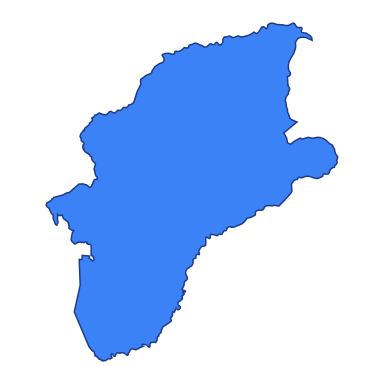 Tonatico, México, Mexico, rotated 270°
{"feature_id": "50627088B30233935700687", "entity_name": "Tonatico", "entity_type": "district", "adm_level": 2, "iso_a3": "MEX", "parent_name": "Mexico", "parent_adm1": "México", "projection": "mercator", "projection_center": [-99.634, 18.777], "detail": "fine", "context": "isolated", "style": "filled", "palette": "blue", "viewbox_px": 384, "rotation_deg": 270, "n_neighbors": 0, "source": "geoboundaries", "source_scale": "gbopen_adm2", "svg_char_len": 5938}
<svg xmlns="http://www.w3.org/2000/svg" viewBox="0 0 384 384"><g transform="rotate(270 192 192)"><path d="M57.0,162.7L62.5,170.9L63.8,171.3L64.5,170.7L66.5,170.9L67.2,171.9L69.4,172.7L70.2,172.3L71.3,172.3L72.4,173.0L71.6,174.0L72.2,174.5L75.8,176.1L74.1,178.1L74.5,179.0L75.8,180.2L77.3,180.4L78.1,179.5L78.4,178.4L79.7,178.0L81.5,178.0L82.9,179.5L83.1,180.5L84.0,180.9L84.4,181.9L85.4,182.4L88.6,182.2L88.7,183.1L90.0,184.2L90.7,184.0L91.4,182.9L92.3,183.1L92.4,183.7L92.0,185.1L92.7,185.5L93.3,185.0L94.2,182.0L94.9,182.1L98.4,183.9L101.9,184.4L103.3,185.4L103.3,186.0L105.3,187.5L107.7,186.9L109.8,185.8L111.3,185.6L113.2,186.0L114.4,186.6L115.5,187.7L118.2,191.7L119.7,192.6L121.4,193.1L124.3,193.1L125.1,193.6L126.0,195.9L128.1,195.9L129.1,196.3L129.7,197.4L129.4,199.1L130.5,199.5L131.9,198.8L133.6,199.0L136.7,200.9L137.5,201.8L138.0,204.5L138.6,205.5L140.7,205.8L144.6,205.7L146.5,206.0L147.0,206.4L145.5,209.2L146.2,210.3L147.8,210.2L149.8,211.0L148.9,215.6L148.3,216.7L148.6,217.7L149.9,218.9L149.9,219.8L149.5,221.0L149.8,222.0L153.2,223.8L153.2,225.6L153.9,226.5L156.3,227.2L157.1,228.6L157.4,230.0L156.7,231.6L157.0,234.3L160.1,241.8L162.4,244.5L164.7,246.4L165.7,246.8L166.6,250.8L168.7,254.9L169.3,255.4L171.1,255.4L172.4,255.8L173.4,256.5L173.7,258.2L173.8,261.9L174.2,262.8L174.7,263.4L177.4,264.9L178.3,266.4L178.4,269.0L178.1,272.4L178.7,274.0L178.0,278.8L183.3,284.2L190.8,290.9L193.1,291.9L199.5,291.4L200.9,292.0L203.4,293.9L204.4,295.7L204.6,297.3L206.1,298.0L206.8,299.4L206.1,301.5L207.7,306.0L207.8,308.4L207.2,311.2L206.0,314.0L205.4,317.2L207.0,321.5L208.0,322.8L209.8,323.1L210.1,325.2L209.8,327.6L210.2,328.5L214.6,330.5L216.6,333.0L216.6,334.4L218.2,334.7L220.0,336.5L221.5,337.1L223.5,336.6L224.5,337.1L227.2,337.7L230.0,335.7L232.6,334.8L234.8,334.5L239.0,332.1L240.3,329.7L244.1,325.5L245.4,323.3L246.6,319.7L246.6,316.6L246.0,314.4L245.8,311.8L246.4,309.8L246.6,307.8L244.9,302.1L245.9,300.2L243.2,295.1L239.8,290.6L241.1,287.5L245.4,286.8L251.1,283.8L262.0,297.0L264.4,291.4L266.1,289.7L269.6,288.7L271.9,287.5L273.6,287.6L278.3,286.2L281.5,286.0L282.9,285.4L284.7,285.4L286.5,286.0L288.9,287.2L289.5,288.1L291.3,288.6L292.2,288.4L294.2,289.6L295.8,289.6L296.7,288.8L299.1,287.9L307.4,287.5L308.1,289.3L309.6,290.5L311.5,290.2L313.1,289.0L315.9,288.4L319.4,288.4L321.5,288.8L324.9,290.3L331.0,293.9L335.4,295.4L337.7,295.7L341.3,295.4L344.0,296.7L345.5,298.0L346.7,300.6L346.7,304.2L346.4,306.1L343.7,312.1L346.1,311.8L347.3,311.2L348.8,309.4L350.8,306.1L351.4,302.4L351.8,301.6L352.8,301.1L354.9,302.0L356.3,301.7L356.7,300.8L356.4,299.6L356.8,296.8L360.4,294.5L360.8,293.8L361.0,293.3L358.7,288.8L358.4,286.3L359.1,283.0L359.6,276.5L360.5,274.1L360.8,272.1L360.7,270.2L359.3,268.0L358.4,267.6L356.5,267.5L355.3,266.6L355.3,266.1L356.9,264.3L357.3,263.3L356.7,261.3L355.9,261.2L352.9,259.3L350.6,257.3L350.5,256.4L351.9,253.9L350.3,251.8L348.8,248.8L347.3,243.5L347.2,240.6L348.1,238.1L346.8,234.8L346.4,232.9L348.0,229.5L347.0,226.3L347.1,224.7L346.8,224.1L345.6,223.3L344.9,223.0L341.4,222.7L339.2,221.0L339.4,219.4L339.0,218.9L341.0,217.8L341.7,216.6L341.0,215.6L339.6,214.5L339.2,213.3L340.3,210.8L339.8,209.7L337.1,206.5L336.9,204.4L337.6,203.1L338.5,202.1L339.2,199.6L340.5,197.1L340.9,195.0L339.8,192.7L338.9,189.2L336.6,188.5L336.1,188.1L336.1,186.0L336.4,184.3L333.7,181.4L332.7,179.3L332.5,177.9L332.8,176.5L332.7,175.3L332.2,174.8L330.2,174.5L329.7,172.2L330.8,168.6L330.4,164.9L329.5,162.5L328.5,162.1L325.8,164.0L324.1,164.1L322.8,163.8L321.9,163.1L321.1,162.0L320.5,159.6L317.4,155.0L313.3,152.2L311.4,151.6L310.5,150.8L308.6,146.1L304.6,140.8L303.5,140.5L299.6,140.9L292.8,137.3L282.3,134.0L281.2,133.3L279.5,131.1L279.0,128.6L277.3,127.9L276.7,127.1L276.4,124.7L276.6,123.7L276.1,123.0L274.0,121.4L273.6,120.2L273.8,117.9L270.8,114.6L272.0,111.9L272.6,111.2L272.6,110.4L272.0,109.1L270.4,107.9L269.1,106.0L269.7,102.2L271.0,99.2L269.1,96.4L268.9,94.9L267.2,94.0L266.1,91.8L263.8,92.6L262.0,91.2L260.8,89.4L259.7,89.6L255.6,84.7L254.3,84.7L253.8,83.5L253.2,84.1L252.3,82.5L250.3,81.0L247.8,80.0L245.1,81.1L243.2,81.3L242.4,82.5L240.7,84.1L240.0,84.1L239.1,83.1L236.9,82.8L236.4,82.7L235.4,83.7L235.1,83.3L234.6,83.4L232.4,85.0L230.4,87.8L230.4,88.4L229.9,88.6L229.7,89.4L228.0,90.1L227.5,91.4L224.9,91.8L223.7,92.3L221.5,94.2L221.0,95.0L220.0,95.5L214.8,94.0L213.2,94.7L210.5,95.1L208.0,96.0L207.2,97.0L205.0,97.3L204.3,94.3L197.3,91.2L196.6,89.5L199.2,86.5L199.2,85.4L200.1,83.2L199.9,78.9L191.4,69.1L191.4,67.0L190.8,66.7L188.8,62.2L186.6,53.8L185.2,52.6L184.8,51.7L183.5,51.2L181.6,48.1L181.4,47.1L179.8,46.3L178.4,46.3L177.0,47.3L175.4,49.3L173.9,49.7L170.3,51.7L168.7,53.2L165.8,53.1L159.6,55.5L158.8,56.7L161.2,58.0L165.2,57.4L169.3,57.6L168.8,57.9L168.3,60.2L169.1,62.1L165.4,63.5L163.7,65.9L161.3,68.6L160.6,68.3L158.1,69.1L155.8,68.9L154.1,71.2L153.4,73.7L151.6,72.5L147.8,71.6L144.0,71.2L142.9,71.7L140.0,74.5L140.1,75.6L141.7,77.9L141.9,81.3L141.5,81.7L141.7,82.1L141.4,84.3L142.0,85.4L142.0,86.4L141.6,87.2L140.8,86.8L140.2,87.3L139.7,88.0L139.7,90.0L138.7,91.2L128.4,91.1L128.1,92.6L127.8,93.0L124.4,94.1L123.7,93.7L123.1,92.2L123.9,91.8L125.6,89.3L128.0,89.2L128.6,82.2L124.3,81.9L124.6,79.2L98.9,80.2L72.1,74.3L37.3,89.0L33.1,92.4L32.4,94.1L28.0,95.2L28.4,95.8L26.1,98.0L26.2,98.4L24.9,99.0L24.6,99.6L24.6,100.9L24.1,101.0L23.3,101.9L23.5,102.3L23.0,103.0L23.6,103.5L23.3,104.7L23.5,105.7L25.2,108.1L25.1,110.3L26.2,112.1L28.7,110.9L29.9,111.3L30.1,112.1L29.7,112.8L28.9,113.1L27.7,114.1L27.8,114.8L28.0,115.3L29.9,115.9L31.4,117.7L30.6,119.8L31.3,120.8L31.3,121.5L30.9,124.4L28.7,127.1L28.7,127.6L29.5,128.2L30.6,128.2L32.1,129.4L34.6,130.6L35.3,132.5L34.2,135.8L37.7,142.9L37.9,141.9L39.3,142.0L39.8,142.7L39.4,144.2L39.6,145.1L38.9,146.7L37.0,148.7L36.8,149.4L37.4,150.0L39.9,149.9L41.6,151.2L41.8,154.8L41.4,155.3L42.0,156.1L42.8,156.7L47.1,157.5L48.0,158.8L49.8,159.0L51.5,161.1L52.9,161.2L57.0,162.7Z" fill="#3b82f6" stroke="#1e3a8a" stroke-width="1.5"/></g></svg>